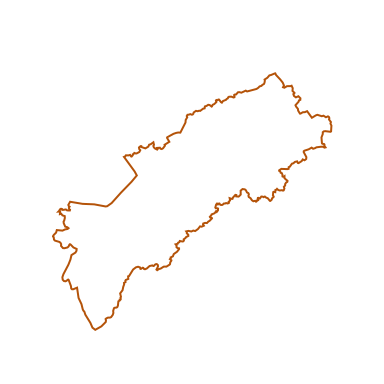 outline of Midongy-Atsimo, Atsimo-Atsinanana, Madagascar, rotated 239°
{"feature_id": "10022922B72475763343132", "entity_name": "Midongy-Atsimo", "entity_type": "district", "adm_level": 2, "iso_a3": "MDG", "parent_name": "Madagascar", "parent_adm1": "Atsimo-Atsinanana", "projection": "mercator", "projection_center": [46.981, -23.354], "detail": "fine", "context": "isolated", "style": "outline", "palette": "amber", "viewbox_px": 384, "rotation_deg": 239, "n_neighbors": 0, "source": "geoboundaries", "source_scale": "gbopen_adm2", "svg_char_len": 6049}
<svg xmlns="http://www.w3.org/2000/svg" viewBox="0 0 384 384"><g transform="rotate(239 192 192)"><path d="M171.5,38.8L170.5,39.0L169.8,40.1L169.2,44.2L159.6,40.2L152.8,39.5L147.6,37.9L146.2,37.8L144.9,38.1L141.8,37.4L132.1,37.5L127.0,36.8L123.7,38.1L123.5,45.1L125.0,51.1L126.2,52.1L127.6,52.5L127.8,53.5L127.6,55.3L126.6,57.0L126.4,58.2L127.5,60.8L128.8,62.3L130.7,63.2L132.6,65.3L132.6,66.1L131.8,67.9L131.9,68.8L132.8,70.0L136.2,72.6L136.2,74.0L136.9,74.5L136.5,75.1L136.9,75.8L138.3,76.3L138.7,77.1L142.1,78.2L143.6,81.9L146.1,84.2L147.8,86.3L149.1,86.9L149.0,88.6L150.4,89.3L150.7,90.0L150.3,92.6L152.6,93.8L152.4,94.8L155.9,101.6L156.3,105.2L155.7,107.3L154.1,108.6L152.7,108.2L152.4,108.5L152.5,110.7L152.0,111.2L150.8,111.2L150.0,111.9L149.7,113.8L150.4,117.5L149.5,120.2L148.5,120.7L148.3,121.2L148.8,122.9L148.7,124.1L148.3,124.7L146.9,125.1L145.7,124.5L143.8,121.6L142.9,121.9L143.0,123.9L142.5,125.7L142.6,129.3L141.2,131.7L141.3,135.5L141.5,136.0L142.9,137.1L143.8,139.0L144.1,139.2L145.8,138.5L146.3,140.0L146.9,140.1L146.7,142.5L148.2,144.4L148.5,148.4L149.7,151.5L150.4,151.9L151.4,150.7L152.7,150.3L154.0,151.2L155.6,151.0L155.0,153.0L155.7,154.0L155.5,155.3L156.3,156.3L154.5,158.3L154.2,159.2L154.6,160.1L155.7,160.5L155.9,162.7L156.4,163.7L156.2,166.2L157.3,166.8L159.3,166.3L160.3,166.9L161.2,166.8L160.5,168.9L158.5,171.1L158.3,173.2L156.9,174.6L157.2,178.1L158.4,181.2L157.3,182.4L157.0,184.8L158.5,184.7L159.2,185.4L158.8,187.3L157.7,188.8L158.3,190.9L158.2,192.1L159.1,195.5L159.6,195.6L160.8,194.5L161.5,194.5L162.2,196.7L162.7,197.3L162.2,200.1L162.4,201.3L163.2,202.5L163.1,202.9L162.2,203.0L162.9,204.8L164.4,205.8L164.8,205.6L165.8,204.0L166.7,204.0L168.8,206.2L169.2,207.5L168.0,207.8L168.3,208.9L168.0,209.6L166.7,209.6L165.9,210.2L165.3,211.5L165.7,213.5L165.1,214.3L165.0,215.5L163.9,216.5L163.6,217.6L163.7,218.1L164.6,218.2L165.2,220.3L167.3,221.1L165.4,222.7L165.3,223.3L166.1,224.1L167.2,227.7L166.6,228.4L165.4,227.7L164.1,229.5L164.1,230.1L164.7,232.4L168.1,234.4L168.5,236.8L167.1,238.6L165.8,239.1L163.3,238.9L162.1,239.7L160.8,239.6L159.7,238.4L158.4,238.1L156.6,239.0L154.1,239.1L152.5,239.8L151.9,241.6L150.7,241.9L150.7,242.7L151.4,243.4L150.9,244.6L151.3,245.0L152.6,245.0L153.0,245.4L152.9,245.8L151.5,246.9L152.4,249.1L151.5,250.3L150.7,250.7L150.6,252.1L148.9,252.7L147.7,253.7L144.3,254.2L144.0,254.6L144.4,256.4L145.3,257.3L145.7,259.4L146.1,259.7L147.4,259.6L150.1,261.6L150.1,262.2L149.0,263.3L150.8,264.6L150.5,265.5L150.9,266.5L149.4,266.9L148.1,268.0L147.2,270.1L146.3,270.7L146.2,271.5L147.4,273.0L149.1,273.4L149.6,275.2L150.8,275.9L151.6,277.5L151.6,278.9L152.3,279.6L156.1,278.4L157.9,279.4L157.8,278.4L158.6,277.6L159.1,277.7L160.0,278.4L161.9,278.7L162.8,277.9L164.1,278.2L165.3,277.6L165.7,277.9L165.8,280.5L162.5,285.5L162.1,286.7L163.5,287.7L163.3,288.8L164.8,292.3L164.4,293.7L164.8,295.7L164.1,297.9L162.4,297.7L161.9,298.2L162.0,301.9L162.9,303.7L161.3,304.7L161.3,305.9L161.5,306.9L163.0,308.0L168.7,308.3L169.4,308.8L169.5,309.7L168.5,314.0L168.4,317.4L166.7,318.1L166.2,320.1L166.2,321.7L164.4,325.8L163.4,327.5L161.8,328.4L161.5,329.4L163.5,329.3L164.5,330.0L165.1,329.9L166.2,328.6L166.9,328.5L172.1,331.1L174.3,333.9L175.9,334.9L176.1,336.2L175.5,337.6L172.3,341.7L172.3,342.4L177.1,345.7L179.3,345.9L180.4,347.1L183.6,346.8L184.6,347.8L185.8,348.0L186.8,347.5L187.1,345.3L189.7,344.0L190.1,342.3L193.6,339.2L193.9,337.7L193.9,333.0L202.0,332.3L202.3,329.9L203.3,328.0L203.3,325.4L203.6,324.9L207.1,324.9L208.7,325.6L211.7,325.2L213.1,325.4L214.5,329.9L215.4,330.8L215.2,332.3L216.5,333.2L219.3,332.5L219.6,329.8L221.8,328.9L223.7,329.3L223.8,330.5L224.2,330.9L226.9,330.2L229.1,331.8L231.8,332.1L232.0,331.0L233.8,327.9L233.8,324.9L234.9,324.0L236.0,325.7L239.0,326.1L243.0,325.6L249.0,324.3L250.8,324.5L251.0,324.0L251.6,319.9L252.1,318.4L251.1,315.4L251.0,312.1L249.9,311.8L248.3,310.4L247.5,309.2L247.6,307.5L247.2,306.2L247.7,304.3L247.2,302.5L247.1,300.4L249.8,291.0L251.2,290.3L251.7,285.5L253.2,284.0L253.8,282.7L252.9,280.1L253.5,278.9L253.4,278.0L252.1,277.7L251.4,277.2L251.6,276.3L253.5,274.8L254.6,272.7L254.5,271.7L253.8,270.9L253.9,269.5L253.5,268.7L254.0,265.4L253.2,263.6L254.1,263.1L257.3,262.8L257.7,262.2L257.5,261.1L258.3,260.3L258.1,259.6L256.5,259.1L255.9,256.3L256.1,254.6L255.1,253.2L255.1,252.8L257.5,251.9L258.4,250.8L258.3,248.9L258.7,247.1L257.2,245.9L257.7,244.4L257.3,240.8L258.0,240.0L258.3,238.5L259.5,237.2L259.3,234.4L258.3,233.3L258.1,232.4L258.4,231.6L259.6,230.7L260.0,228.9L260.5,227.9L259.8,226.6L258.5,226.4L257.0,223.7L254.9,222.2L248.9,212.6L250.1,210.8L250.8,208.9L251.4,206.1L251.7,199.0L251.3,198.5L246.7,198.4L246.6,192.8L245.6,192.6L245.4,192.2L244.4,189.7L244.4,188.2L245.3,187.3L246.5,187.3L247.7,184.9L246.6,184.8L246.3,184.0L248.3,182.7L249.9,182.3L251.1,182.5L251.6,182.8L252.0,183.7L254.5,184.5L254.2,181.2L254.6,179.6L253.4,177.9L253.4,174.5L256.6,171.8L257.3,172.2L257.6,172.0L257.8,171.5L257.5,169.5L256.0,168.9L254.5,169.2L253.4,167.4L253.6,164.4L254.0,163.6L255.2,162.7L254.6,161.4L254.8,160.7L254.0,160.1L253.5,158.5L253.9,158.1L255.7,158.0L256.1,156.4L257.5,154.2L256.9,153.2L257.1,151.8L239.1,153.4L234.6,153.2L231.9,145.4L228.0,130.7L223.9,117.4L223.5,112.0L224.1,110.5L231.8,101.8L238.2,92.1L246.4,82.5L244.6,79.3L243.2,79.1L242.5,79.5L241.7,78.2L240.3,78.0L239.6,78.3L239.1,77.8L240.5,75.5L242.0,74.9L243.2,72.0L243.6,71.6L244.4,71.8L245.1,71.1L245.1,69.8L244.3,68.5L244.0,67.4L243.2,68.9L241.1,67.4L240.8,68.7L238.7,68.9L236.9,70.5L235.2,69.6L233.3,67.7L232.8,66.7L231.4,66.0L227.6,65.5L226.0,67.0L224.6,67.5L224.4,66.3L225.3,63.9L225.6,61.1L229.0,56.5L227.2,54.6L226.4,51.4L225.7,50.1L225.4,49.9L224.5,50.2L222.3,49.2L220.9,49.5L217.4,52.7L216.0,53.1L214.7,53.0L213.3,52.0L210.4,52.5L209.5,53.7L208.6,56.7L208.9,58.2L210.0,59.8L210.1,60.5L209.4,60.9L205.5,61.8L202.6,63.8L201.1,62.7L200.1,60.9L200.0,56.2L196.7,53.0L193.4,48.7L187.8,39.5L185.7,37.0L183.4,36.0L181.6,36.4L180.6,37.6L180.5,38.8L180.8,40.2L180.7,40.8L180.2,41.0L173.8,39.8L171.5,38.8Z" fill="none" stroke="#b45309" stroke-width="2"/></g></svg>